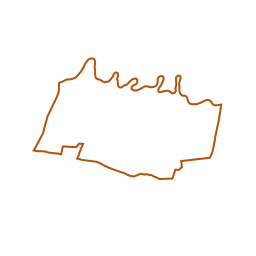 outline of Bivolari, Iasi, Romania, rotated 310°
{"feature_id": "2599482B79000451920011", "entity_name": "Bivolari", "entity_type": "district", "adm_level": 2, "iso_a3": "ROU", "parent_name": "Romania", "parent_adm1": "Iasi", "projection": "equal_earth", "projection_center": [27.4, 47.531], "detail": "fine", "context": "isolated", "style": "outline", "palette": "amber", "viewbox_px": 256, "rotation_deg": 310, "n_neighbors": 0, "source": "geoboundaries", "source_scale": "gbopen_adm2", "svg_char_len": 5772}
<svg xmlns="http://www.w3.org/2000/svg" viewBox="0 0 256 256"><g transform="rotate(310 128 128)"><path d="M106.7,175.9L106.9,176.2L107.2,177.2L107.3,177.8L107.4,178.9L107.4,179.2L107.6,179.6L107.9,180.1L108.2,180.7L108.3,181.1L108.3,181.7L108.4,182.0L108.8,183.5L108.9,183.8L108.9,184.0L109.0,184.5L109.1,184.9L109.2,185.0L111.2,187.2L113.0,189.2L114.4,190.6L114.8,191.1L116.0,192.4L117.3,193.8L117.7,194.4L117.8,194.4L119.3,193.9L120.8,193.3L124.9,191.8L126.1,191.2L126.6,191.1L126.9,191.4L127.7,192.9L128.3,193.7L130.6,194.1L132.0,194.4L132.5,194.5L132.8,194.4L134.7,192.3L136.2,190.7L136.8,190.0L157.8,209.8L163.2,208.4L169.5,205.2L169.7,204.9L172.5,203.4L174.4,202.4L174.6,202.3L175.6,201.5L177.0,200.7L178.9,199.7L187.4,195.1L191.2,193.2L194.2,191.4L197.6,189.4L199.5,188.3L201.6,187.0L205.3,184.6L205.8,184.3L205.1,183.6L203.1,182.0L202.1,181.1L201.4,180.2L201.1,179.6L200.9,178.9L200.7,178.3L200.7,177.9L200.7,177.5L200.8,176.8L201.3,175.5L201.5,174.9L201.6,174.4L201.6,173.6L201.5,172.7L201.3,171.9L201.0,171.4L200.7,171.0L200.3,170.6L199.9,170.2L199.3,169.8L198.7,169.4L197.8,169.0L196.3,168.4L193.6,167.2L192.7,166.6L191.5,166.0L190.2,165.0L189.7,164.5L189.1,163.9L188.7,163.2L188.0,162.4L187.1,161.2L186.8,160.5L186.6,160.0L186.5,159.6L186.6,159.1L186.6,158.4L186.9,157.7L187.2,156.9L188.1,155.4L188.8,154.4L189.2,153.6L189.5,152.8L189.6,152.3L189.5,151.4L189.4,151.0L188.9,150.4L188.5,149.9L187.8,149.1L187.7,148.5L187.6,147.4L187.9,146.2L188.5,144.9L188.9,144.2L189.3,143.7L190.5,142.6L192.0,141.5L192.8,140.8L193.8,139.6L194.8,138.8L195.5,138.2L196.8,137.6L199.4,136.6L200.4,135.9L200.8,135.5L201.1,135.0L201.1,134.4L201.1,134.0L200.9,133.5L200.6,133.1L200.2,132.7L199.6,132.5L198.4,132.3L197.2,132.6L196.0,133.5L195.1,134.5L194.0,135.6L192.3,137.1L190.7,138.0L189.5,138.5L188.4,139.2L187.8,140.0L187.6,140.4L187.3,140.7L186.8,141.0L186.4,141.0L185.6,141.1L185.1,141.0L184.4,140.9L183.8,140.6L183.4,140.3L183.1,139.9L183.0,139.4L182.9,138.7L182.9,137.8L182.9,136.7L182.7,136.0L182.3,134.9L182.0,134.3L180.7,133.1L178.9,131.6L176.1,129.5L175.7,129.1L175.5,128.5L175.5,128.0L175.7,127.5L176.1,127.1L176.9,126.6L177.7,126.2L179.3,126.0L181.5,125.9L182.9,125.6L185.5,124.9L187.0,124.4L188.3,124.0L189.0,123.4L189.5,122.6L189.7,122.1L189.8,121.5L189.6,120.8L189.3,120.2L189.0,119.8L188.5,119.4L187.7,119.1L186.8,118.9L185.9,119.0L185.0,119.1L184.0,119.7L183.0,120.6L181.9,121.4L180.7,122.1L180.1,122.2L179.6,122.3L178.8,122.3L177.7,122.1L176.7,121.7L175.7,121.1L174.2,119.7L173.4,118.5L172.2,115.8L171.2,114.6L170.6,114.1L166.1,112.4L163.9,111.4L162.4,110.4L161.3,109.3L160.6,108.4L160.3,107.7L160.1,107.0L160.1,106.3L160.3,105.6L160.6,105.3L161.1,104.8L161.9,104.5L162.7,104.4L163.7,104.5L164.4,104.9L165.2,105.3L166.2,105.8L166.8,105.9L167.8,106.0L168.4,105.9L169.0,105.7L169.5,105.3L170.3,104.7L170.8,104.1L171.0,103.6L171.1,103.2L171.1,102.8L170.9,102.4L170.5,101.8L170.0,101.2L169.1,100.6L168.3,100.1L167.4,99.8L161.9,99.4L161.0,99.3L160.1,99.0L159.1,98.2L158.1,97.8L156.8,97.4L155.1,96.9L154.3,96.3L153.9,95.9L153.7,95.4L153.7,95.1L153.7,94.6L153.8,93.8L154.1,93.2L154.8,92.4L157.1,90.2L158.3,88.4L159.1,87.8L159.9,87.5L161.0,87.2L161.6,86.9L162.2,86.4L163.2,85.1L163.4,84.5L163.3,83.9L163.0,83.4L162.5,82.9L161.7,82.6L160.8,82.4L159.7,82.6L158.1,83.2L157.5,83.3L156.9,83.4L156.6,83.3L155.0,83.5L153.7,83.5L152.6,83.5L151.3,83.2L150.2,82.5L149.5,82.0L148.7,81.3L148.2,80.8L147.8,80.1L147.6,79.4L147.4,78.7L147.3,78.0L147.2,76.6L147.1,76.2L146.8,75.3L146.5,74.7L145.9,73.1L145.7,72.2L145.7,71.8L145.7,71.4L146.0,70.8L146.8,69.5L147.6,68.7L148.9,67.6L150.7,66.0L151.8,64.8L153.2,63.3L154.3,62.5L155.3,61.9L156.8,60.9L157.8,60.0L158.7,58.7L158.9,57.8L158.9,57.3L158.7,56.5L158.3,55.9L158.1,55.6L157.3,54.8L157.0,54.5L156.5,54.2L155.8,54.0L155.1,53.8L154.5,53.7L152.2,53.7L150.2,53.8L147.4,54.5L146.5,54.9L145.9,55.0L145.6,54.8L143.2,55.4L141.6,55.6L139.7,55.8L137.3,55.7L134.9,55.6L132.8,55.4L132.4,55.3L131.7,54.9L130.4,54.1L129.3,53.2L128.2,52.5L127.5,51.9L126.0,50.1L125.1,49.5L120.4,47.5L118.4,46.2L114.1,49.4L113.7,49.8L112.5,50.7L110.9,51.7L109.7,52.2L107.7,53.0L106.3,53.4L104.3,54.0L103.2,54.3L101.9,54.6L100.5,55.0L99.4,55.3L97.9,55.5L96.8,55.9L94.1,56.5L88.3,58.1L87.6,58.3L87.1,58.4L85.8,58.7L85.3,58.8L82.6,60.1L81.2,60.8L80.9,60.9L80.4,61.2L78.3,62.0L77.1,62.5L76.5,62.9L73.1,64.4L72.9,64.6L69.6,66.2L65.9,67.0L63.8,67.4L58.0,68.7L52.7,69.8L50.5,70.2L50.2,70.2L50.6,70.9L51.1,71.9L51.6,72.8L52.7,74.5L53.3,75.2L54.5,76.4L54.7,76.7L55.2,77.5L55.8,78.3L57.2,80.5L57.5,81.1L57.5,81.3L57.6,81.6L57.7,81.8L58.0,82.7L58.7,83.8L59.2,84.6L59.4,84.9L59.6,85.1L59.8,85.3L60.1,85.9L60.5,86.8L60.7,87.0L61.0,87.4L61.4,88.0L62.6,89.6L63.5,91.0L63.9,91.7L64.4,92.8L64.8,93.7L66.8,92.7L67.7,92.2L71.9,90.0L72.4,90.5L72.7,90.8L73.9,92.4L77.5,97.3L78.2,98.3L80.0,100.6L81.0,100.6L81.9,100.6L84.6,100.6L86.9,103.8L83.3,104.9L78.9,106.4L74.8,107.9L71.9,108.8L73.7,112.5L74.2,113.5L74.7,114.4L75.1,115.1L75.5,115.6L76.3,116.9L76.8,117.6L77.3,118.4L78.6,120.4L79.0,121.1L79.5,121.8L79.9,122.5L82.1,126.0L82.2,126.4L82.3,126.8L82.6,127.7L83.1,129.3L83.2,129.7L83.4,130.3L83.5,131.1L83.6,131.7L83.7,132.1L83.8,133.0L83.9,133.4L84.0,134.4L84.1,134.7L84.6,136.4L84.9,137.5L85.5,139.7L85.8,140.6L86.2,141.6L86.8,143.3L87.3,144.7L88.0,146.6L89.3,149.9L90.9,153.8L91.2,154.8L91.4,155.5L91.5,156.2L91.7,157.0L91.9,157.9L92.2,159.0L92.5,159.9L93.0,160.9L93.2,161.4L93.6,162.1L94.1,162.7L94.6,163.5L94.8,163.7L95.1,163.9L96.5,164.7L98.4,165.7L100.5,166.9L100.8,167.0L101.1,167.2L101.3,167.4L101.7,168.3L102.0,168.9L102.5,169.7L102.7,170.1L103.0,170.5L103.5,170.9L103.5,171.1L103.7,171.3L104.3,171.7L104.4,171.8L104.6,172.0L104.8,172.3L105.0,172.7L105.2,173.1L105.5,174.0L105.7,174.4L106.0,175.0L106.3,175.4L106.7,175.9Z" fill="none" stroke="#b45309" stroke-width="2"/></g></svg>